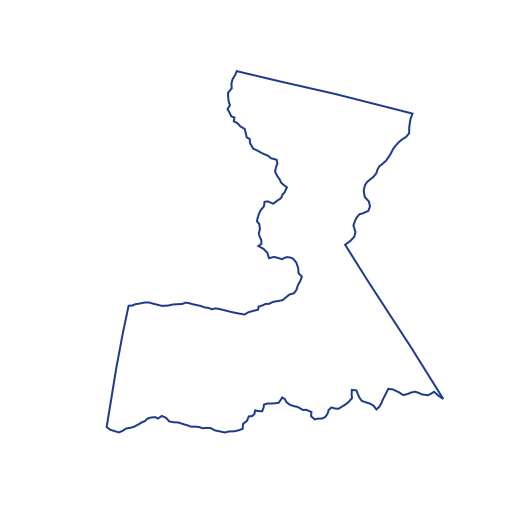 outline of Anapurus, Maranhão, Brazil, rotated 76°
{"feature_id": "56859067B68059886340931", "entity_name": "Anapurus", "entity_type": "district", "adm_level": 2, "iso_a3": "BRA", "parent_name": "Brazil", "parent_adm1": "Maranhão", "projection": "mercator", "projection_center": [-43.097, -3.562], "detail": "fine", "context": "isolated", "style": "outline", "palette": "blue", "viewbox_px": 512, "rotation_deg": 76, "n_neighbors": 0, "source": "geoboundaries", "source_scale": "gbopen_adm2", "svg_char_len": 3266}
<svg xmlns="http://www.w3.org/2000/svg" viewBox="0 0 512 512"><g transform="rotate(76 256 256)"><path d="M256.8,153.7L250.0,154.1L245.5,151.2L242.4,148.3L240.5,145.4L240.4,141.7L239.4,136.1L235.4,133.4L230.4,133.3L225.1,136.2L218.7,135.7L213.7,133.2L211.2,130.5L209.4,126.9L207.8,123.2L204.9,119.3L201.4,117.1L198.9,114.7L197.4,111.4L195.1,106.9L192.5,103.9L189.1,100.3L185.6,97.3L183.0,94.3L180.3,90.3L178.4,86.5L176.8,81.7L174.0,77.7L168.2,76.2L163.5,74.3L160.0,72.7L155.7,69.7L118.2,139.5L92.3,190.7L72.0,230.0L75.1,232.2L78.6,235.8L82.7,238.1L87.4,239.0L90.8,243.6L94.8,244.5L98.9,245.1L103.4,244.8L106.6,248.1L110.6,246.9L114.5,246.2L116.5,243.4L119.9,245.0L122.5,242.0L126.5,239.8L130.0,236.2L135.0,236.2L138.7,236.3L140.9,233.8L145.1,234.5L151.2,232.7L154.2,229.0L158.1,224.8L161.9,219.8L164.7,217.9L167.6,212.7L171.3,212.8L174.9,215.2L178.8,217.1L183.8,215.9L187.4,214.5L190.6,214.0L193.4,212.2L196.9,209.4L201.1,212.8L202.8,215.4L206.0,217.8L207.2,221.3L209.4,226.7L205.9,231.3L205.5,234.6L209.7,236.3L212.7,240.3L215.7,242.9L219.5,245.2L222.5,246.7L225.5,245.2L230.8,245.6L234.6,247.8L238.1,247.8L242.0,247.0L245.5,247.8L246.9,251.3L250.9,247.0L255.7,244.2L261.2,244.0L261.3,238.6L263.2,235.1L265.3,231.7L264.5,226.4L265.8,223.0L267.6,220.6L272.1,218.5L278.1,218.0L282.9,218.9L287.2,216.5L291.1,219.2L294.2,222.2L298.7,225.0L301.3,228.2L301.5,232.9L303.2,236.6L305.2,240.7L305.1,245.2L304.6,250.5L305.6,255.0L304.8,258.3L305.6,262.4L305.7,265.7L308.6,267.0L308.6,271.9L308.7,276.9L310.0,281.2L307.9,286.0L305.5,291.2L302.8,296.4L300.5,300.7L298.4,304.7L297.0,308.2L297.0,311.6L294.7,315.0L293.6,318.0L291.0,321.9L289.4,325.2L287.8,328.5L285.6,332.3L284.2,335.8L284.7,339.3L283.8,343.8L282.9,348.8L282.9,352.6L282.4,355.6L281.6,359.4L279.9,362.6L277.9,366.4L275.1,371.3L274.2,375.5L274.0,380.5L273.6,384.7L274.1,387.7L273.5,391.7L301.0,405.0L308.1,408.2L330.1,418.3L385.8,442.3L389.3,439.5L392.0,435.1L394.0,431.5L393.3,427.5L392.0,424.0L392.3,419.6L392.2,416.0L391.1,411.3L389.8,407.0L389.3,403.5L387.6,400.9L387.3,397.1L388.0,392.7L390.0,390.5L388.4,386.0L391.3,382.4L395.5,380.2L397.6,375.6L398.6,372.0L400.8,368.4L402.4,365.9L403.9,363.1L405.8,360.6L407.0,355.8L408.3,352.3L410.1,349.8L410.9,345.3L411.9,341.8L415.3,338.0L417.9,332.6L419.7,329.0L419.7,324.7L420.9,319.0L420.9,314.3L420.4,310.7L415.8,309.2L413.7,304.6L409.9,301.8L410.4,298.5L408.9,295.7L405.6,294.3L407.1,291.1L408.1,287.6L405.1,285.4L402.1,284.2L401.9,280.6L402.9,276.8L403.6,272.6L403.9,269.6L401.9,267.2L399.6,264.8L401.9,262.6L405.2,261.8L408.7,259.0L411.1,255.1L412.4,252.3L414.4,250.1L416.7,247.8L417.4,244.5L420.7,240.0L424.8,241.3L428.7,238.6L428.8,235.1L429.7,231.5L429.0,227.8L426.2,224.6L423.0,222.8L421.2,219.5L423.0,216.4L424.2,213.0L422.0,206.0L420.2,201.7L417.1,197.2L413.5,196.7L409.1,195.4L410.7,191.1L414.7,190.6L418.4,189.9L422.2,188.4L424.5,184.9L426.8,181.1L429.5,178.3L434.0,176.3L432.1,172.7L429.2,170.1L425.3,167.1L422.4,164.5L419.7,162.2L416.9,159.8L418.5,155.6L422.7,150.4L426.6,146.7L426.5,141.8L426.0,138.5L426.1,134.7L428.0,131.4L430.3,128.7L431.5,125.9L432.7,122.9L432.0,119.6L430.8,116.1L435.6,112.8L440.0,108.9L382.3,127.6L348.8,139.2L306.7,153.7L266.6,166.8L264.3,161.0L261.1,156.0L256.8,153.7Z" fill="none" stroke="#1e3a8a" stroke-width="2"/></g></svg>